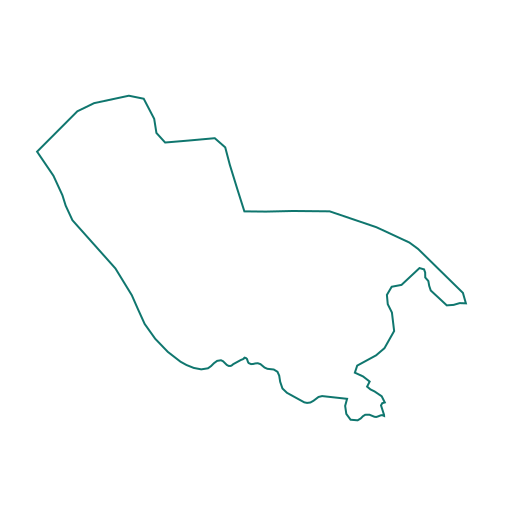 the border of Rukwa, rotated 351°
{"feature_id": "TZA-3336", "entity_name": "Rukwa", "entity_type": "Region", "adm_level": 1, "iso_a3": "TZA", "parent_name": "United Republic of Tanzania", "parent_adm1": "", "projection": "orthographic", "projection_center": [31.645, -7.987], "detail": "fine", "context": "isolated", "style": "outline", "palette": "teal", "viewbox_px": 512, "rotation_deg": 351, "n_neighbors": 0, "source": "natural_earth", "source_scale": "10m", "svg_char_len": 1609}
<svg xmlns="http://www.w3.org/2000/svg" viewBox="0 0 512 512"><g transform="rotate(351 256 256)"><path d="M131.1,290.1L127.2,275.3L115.2,246.3L80.3,192.0L75.9,176.5L74.3,165.7L68.5,145.1L56.1,118.7L102.2,85.1L120.0,79.7L155.5,77.8L169.7,83.1L176.9,104.6L176.9,118.9L184.0,129.7L207.1,131.4L233.7,133.2L242.6,143.9L244.4,161.8L248.0,186.9L251.5,210.1L272.8,213.7L299.4,217.3L335.7,223.4L379.4,246.4L409.6,266.7L417.2,274.4L454.6,324.8L455.9,335.6L449.8,334.4L443.5,335.2L436.7,334.6L423.2,317.4L422.4,312.6L422.3,307.7L419.8,303.7L420.5,298.8L419.9,295.5L415.6,293.5L395.2,307.3L385.2,307.6L379.2,314.9L378.6,324.2L381.4,333.1L380.7,351.7L368.5,367.1L359.1,372.9L338.8,380.1L335.4,386.7L342.9,391.7L348.6,397.8L345.3,402.4L348.2,405.7L351.9,408.3L358.2,414.2L360.3,420.8L357.7,421.1L356.1,423.1L357.6,432.9L357.5,434.0L355.7,432.9L354.2,432.9L351.1,433.6L349.5,433.8L347.8,433.3L343.2,430.5L339.0,429.9L336.5,431.0L334.1,432.8L330.7,434.2L323.8,432.5L320.5,426.1L320.6,418.0L323.6,411.3L299.4,404.7L295.7,405.0L290.1,408.0L286.8,409.2L283.5,409.1L280.8,408.1L265.2,396.0L261.4,391.0L260.2,384.0L260.2,377.8L259.1,373.7L255.8,370.9L249.6,369.2L247.0,367.5L243.5,363.5L241.0,362.2L238.5,362.0L236.3,362.2L234.2,362.0L232.0,360.6L231.5,359.4L231.0,356.4L230.3,355.4L228.9,354.6L228.4,354.8L228.0,355.4L226.8,355.9L224.9,356.3L216.5,359.3L215.3,360.1L213.9,360.6L211.8,360.3L210.1,359.0L207.0,354.8L205.1,353.5L201.2,353.5L197.7,355.3L194.4,357.7L191.0,359.4L184.2,359.4L177.0,356.8L170.3,352.8L164.9,348.6L153.9,336.9L143.5,322.0L135.4,305.7L131.1,290.1Z" fill="none" stroke="#0f766e" stroke-width="2"/></g></svg>